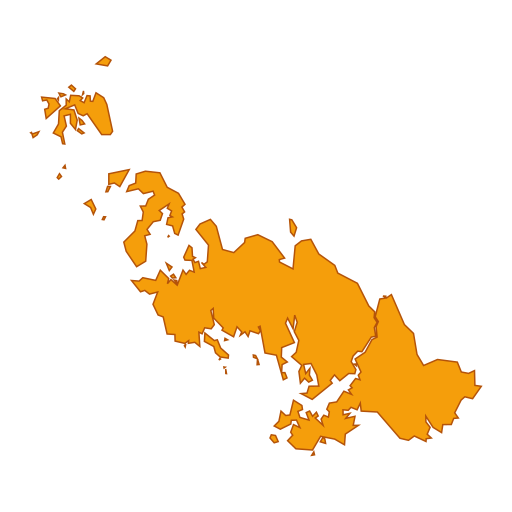 outline of Nggela, Central, Solomon Islands
{"feature_id": "97153195B87016285227025", "entity_name": "Nggela", "entity_type": "district", "adm_level": 2, "iso_a3": "SLB", "parent_name": "Solomon Islands", "parent_adm1": "Central", "projection": "robinson", "projection_center": [160.166, -9.023], "detail": "fine", "context": "isolated", "style": "filled", "palette": "amber", "viewbox_px": 512, "rotation_deg": 0, "n_neighbors": 0, "source": "geoboundaries", "source_scale": "gbopen_adm2", "svg_char_len": 6043}
<svg xmlns="http://www.w3.org/2000/svg" viewBox="0 0 512 512"><path d="M377.1,322.4L374.1,317.7L374.7,311.8L368.8,306.0L357.4,283.3L337.8,273.1L334.8,265.4L318.8,254.0L310.8,239.3L301.5,240.9L295.2,245.8L293.0,268.9L279.5,262.0L279.3,259.6L284.6,258.1L272.2,241.7L257.8,234.7L245.2,238.3L244.6,242.5L233.8,252.6L222.5,249.5L216.3,226.3L210.4,219.4L200.0,224.0L195.9,229.4L208.5,245.1L207.3,261.8L204.0,264.3L201.5,262.5L205.8,267.4L200.3,268.6L198.5,261.3L194.9,262.6L193.0,259.2L195.4,257.7L192.5,256.3L192.0,247.8L189.0,245.4L183.7,257.2L185.0,260.1L191.9,260.4L194.2,272.1L189.5,270.3L186.1,274.4L183.0,270.1L177.2,285.2L170.9,279.6L167.4,283.7L168.7,278.5L160.3,270.2L155.7,280.4L142.8,277.7L139.1,281.1L131.5,280.5L140.5,291.8L144.8,290.4L149.5,294.1L157.7,292.0L153.0,304.3L158.1,315.0L163.2,316.9L167.1,334.0L174.9,334.5L175.1,341.1L184.8,343.4L188.6,340.7L188.4,343.3L194.8,342.3L199.8,346.4L198.9,332.2L202.1,333.8L204.7,327.8L211.2,328.8L214.3,324.7L210.8,310.5L213.2,308.4L213.7,318.0L223.2,327.9L222.0,330.2L233.6,336.8L237.0,326.8L241.7,331.9L240.3,335.3L245.0,331.8L248.1,336.5L250.0,330.8L258.5,333.7L260.4,330.9L258.4,327.0L260.1,326.2L265.0,353.0L276.4,355.2L283.3,379.8L287.0,377.9L284.9,372.6L281.6,372.7L282.1,364.6L287.3,362.0L281.3,357.1L281.7,347.6L294.4,342.6L285.5,323.2L287.6,318.1L293.1,328.8L294.7,315.1L297.2,322.3L294.3,331.7L298.8,340.4L296.2,352.3L291.6,356.6L301.8,365.4L298.9,371.4L300.4,383.2L304.6,378.2L308.7,382.1L312.4,380.2L309.4,375.1L309.9,368.3L305.7,373.6L303.6,364.4L311.0,363.5L316.8,374.9L318.8,386.1L309.1,386.2L307.0,393.1L301.1,393.6L312.2,399.4L332.2,383.2L330.2,380.4L334.5,374.9L339.8,380.7L348.7,373.5L354.8,373.7L355.9,369.6L351.2,361.6L353.1,356.0L357.7,351.2L361.9,351.7L371.3,337.1L375.7,336.2L374.3,327.5L377.1,322.4ZM481.3,386.3L474.9,385.4L474.5,370.6L468.6,373.4L461.3,372.0L457.3,362.1L437.5,359.5L423.6,365.5L417.0,354.4L413.5,333.4L404.4,324.6L391.4,294.6L386.6,297.9L379.8,299.0L375.2,316.7L378.3,321.6L376.1,326.6L377.1,337.1L372.0,339.6L365.1,352.3L355.1,359.0L361.0,372.0L358.3,375.2L360.0,379.8L355.6,378.5L350.1,385.7L352.1,387.8L348.4,389.9L351.6,394.4L343.9,391.2L336.7,401.9L329.4,403.1L326.8,409.2L329.3,411.8L328.4,417.1L323.8,415.2L321.1,419.1L323.1,425.4L315.2,418.0L318.2,416.0L316.4,412.2L312.6,416.3L309.6,411.0L306.2,412.6L309.0,420.1L299.9,417.4L297.9,411.4L302.5,409.5L301.9,405.5L293.5,400.2L289.9,415.0L285.7,415.5L281.0,411.1L278.9,421.3L274.2,426.0L280.3,429.2L290.8,424.0L291.3,420.3L296.5,420.1L299.9,427.6L293.5,424.6L290.7,432.2L292.7,435.2L287.6,440.7L295.9,448.8L312.5,450.0L320.6,436.3L334.7,439.1L344.5,444.8L345.3,434.1L358.5,425.3L353.2,425.4L355.0,416.3L345.7,418.4L349.9,413.3L343.1,414.8L343.0,409.8L348.2,410.3L351.0,407.3L357.1,409.8L360.3,403.1L361.2,411.1L377.3,412.0L400.0,438.3L408.5,440.3L414.3,436.0L426.0,441.5L426.2,438.7L431.3,438.0L427.2,434.2L430.1,427.3L425.9,421.9L425.8,416.1L433.1,427.4L441.6,432.6L442.8,424.6L451.3,424.5L453.7,418.4L458.3,418.0L454.7,412.8L461.1,400.1L464.8,396.8L472.6,398.7L481.3,386.3ZM185.0,204.3L178.5,193.3L167.2,187.3L159.9,172.8L145.4,171.2L136.2,174.0L135.7,183.1L129.2,185.6L126.7,191.6L138.4,188.8L143.4,193.6L153.1,191.2L154.6,195.1L148.4,199.2L145.7,206.0L140.3,206.1L143.3,212.0L142.1,220.5L137.8,220.6L134.9,231.0L123.8,242.1L126.2,251.3L136.6,266.7L145.7,261.2L146.9,244.2L144.7,235.8L150.1,234.3L147.0,229.4L153.3,221.7L160.2,220.3L162.5,213.6L159.2,210.5L169.1,203.9L167.3,208.3L171.6,210.9L169.9,215.5L172.3,216.9L168.0,217.8L166.6,224.4L172.6,225.9L174.7,233.4L178.1,235.1L183.7,219.1L182.1,213.9L184.6,211.9L181.9,207.1L185.0,204.3ZM112.6,131.3L106.8,104.4L103.7,97.7L96.0,92.8L92.8,101.4L90.4,101.2L90.1,95.9L87.0,95.6L84.1,102.7L80.2,100.6L82.7,98.0L79.1,95.8L70.7,95.3L69.3,101.8L66.2,99.0L66.2,105.2L59.3,110.7L58.5,124.0L53.3,133.0L61.0,136.8L62.6,143.7L64.8,144.0L62.4,132.2L66.4,126.1L64.1,115.9L70.4,114.3L70.4,123.3L75.5,129.5L77.2,120.1L73.9,109.9L65.2,108.8L74.7,104.9L78.1,113.4L83.2,115.8L87.1,113.7L101.7,134.6L110.3,134.6L112.6,131.3ZM129.2,169.6L108.8,173.8L108.8,184.3L114.4,183.0L119.8,186.6L129.2,169.6ZM60.4,105.9L55.1,98.5L41.6,97.1L42.6,100.8L46.8,100.0L49.0,104.0L48.2,108.2L44.7,109.3L46.2,118.5L60.4,105.9ZM228.5,355.0L220.7,348.1L217.3,339.8L214.3,340.6L204.9,333.0L204.4,341.4L213.8,346.5L215.5,352.8L220.2,357.0L228.2,358.1L228.5,355.0ZM95.8,209.0L91.2,199.5L84.3,203.6L90.6,207.5L93.4,214.3L95.8,209.0ZM111.0,60.2L105.2,56.7L96.2,63.9L107.6,65.9L111.0,60.2ZM296.6,227.7L291.8,219.8L289.6,219.3L290.6,232.1L294.0,236.1L296.6,227.7ZM278.2,441.6L275.5,435.5L271.3,434.8L270.0,438.0L274.2,442.8L278.2,441.6ZM84.6,123.9L82.0,120.4L79.0,118.1L80.2,124.9L84.6,123.9ZM110.4,186.5L107.6,186.4L105.9,191.8L107.8,191.7L110.4,186.5ZM38.9,131.7L32.0,134.1L33.1,137.6L37.2,134.8L38.9,131.7ZM325.6,443.4L324.8,438.9L322.9,437.5L320.3,441.8L325.6,443.4ZM61.5,176.5L59.5,173.7L57.2,177.6L58.7,179.1L61.5,176.5ZM75.5,88.8L71.4,85.1L68.8,87.2L73.8,91.4L75.5,88.8ZM169.3,270.5L172.0,267.0L166.3,263.2L169.3,270.5ZM175.8,277.7L173.5,274.2L170.6,276.1L172.4,278.0L175.8,277.7ZM65.5,94.9L63.4,93.8L58.9,93.1L60.9,96.8L65.5,94.9ZM259.1,364.5L257.5,359.1L257.1,364.7L259.1,364.5ZM84.1,132.9L78.6,128.6L77.3,130.7L81.8,133.9L84.1,132.9ZM65.6,168.4L65.0,165.3L63.0,167.8L65.6,168.4ZM314.5,454.8L313.8,451.9L311.7,455.3L314.5,454.8ZM226.5,373.6L225.7,369.0L225.8,373.5L226.5,373.6ZM257.3,358.7L255.6,355.5L253.3,355.0L253.5,357.3L257.3,358.7ZM105.5,216.8L103.6,216.7L102.3,219.5L104.0,219.8L105.5,216.8ZM176.9,283.4L176.8,280.6L174.2,280.1L176.9,283.4ZM224.6,340.6L227.6,339.8L225.0,338.3L224.6,340.6ZM185.2,347.0L185.8,344.0L184.4,345.7L185.2,347.0ZM218.9,360.0L220.5,359.0L219.9,358.4L218.9,360.0ZM83.7,93.6L83.5,90.9L82.6,94.6L83.7,93.6ZM385.7,297.7L385.8,296.2L383.0,296.0L385.7,297.7ZM356.2,365.6L355.9,364.0L354.4,364.1L356.2,365.6ZM58.4,100.0L58.5,97.5L57.5,98.7L58.4,100.0ZM224.1,368.0L225.2,367.2L223.9,367.0L224.1,368.0ZM167.7,237.3L169.2,236.2L168.6,235.6L167.7,237.3ZM32.2,134.0L31.5,132.4L30.7,132.8L32.2,134.0Z" fill="#f59e0b" stroke="#b45309" stroke-width="1.5"/></svg>